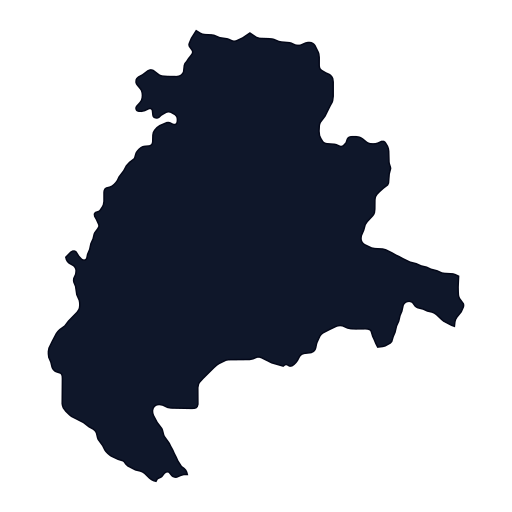 the district of San Francisco de Macorís, Duarte, Dominican Republic
{"feature_id": "3306468B54253052941239", "entity_name": "San Francisco de Macorís", "entity_type": "district", "adm_level": 2, "iso_a3": "DOM", "parent_name": "Dominican Republic", "parent_adm1": "Duarte", "projection": "orthographic", "projection_center": [-70.214, 19.332], "detail": "fine", "context": "isolated", "style": "filled", "palette": "ink", "viewbox_px": 512, "rotation_deg": 0, "n_neighbors": 0, "source": "geoboundaries", "source_scale": "gbopen_adm2", "svg_char_len": 5960}
<svg xmlns="http://www.w3.org/2000/svg" viewBox="0 0 512 512"><path d="M454.4,326.3L454.9,321.7L455.6,319.3L456.9,317.1L461.2,311.8L463.3,307.1L463.6,305.8L463.5,304.3L463.3,303.7L459.5,298.5L458.8,296.9L458.4,295.2L458.2,291.6L458.1,287.1L458.6,276.2L455.2,274.6L452.9,273.9L444.4,273.4L441.9,273.0L437.0,270.8L430.8,269.2L426.6,267.2L421.1,265.9L416.2,263.7L409.9,262.1L402.9,258.7L398.9,256.5L396.0,255.2L392.0,252.9L385.7,249.8L382.6,249.0L374.9,248.6L371.6,248.0L364.7,244.7L363.4,243.8L362.4,242.7L361.6,241.4L361.1,239.8L361.0,238.1L361.3,235.7L363.7,230.1L365.2,224.6L367.2,221.6L372.7,215.7L373.7,214.3L374.4,212.6L374.8,209.1L374.9,200.1L375.1,198.3L375.5,196.6L376.9,194.3L379.4,191.7L383.4,188.1L387.6,184.9L388.5,182.9L389.2,173.9L390.6,168.5L390.4,167.2L389.3,163.8L389.0,162.1L388.7,151.2L388.3,148.6L387.5,146.3L385.7,143.3L384.9,142.2L383.7,141.4L381.6,141.4L377.9,143.1L375.4,143.8L372.7,143.9L369.9,143.7L368.2,143.1L366.7,142.3L362.7,139.0L360.6,137.7L358.9,137.1L356.2,136.7L351.8,136.7L350.1,136.9L348.7,137.5L348.1,138.0L347.3,139.2L346.1,142.8L343.3,145.8L341.5,146.5L340.1,146.4L336.3,144.7L334.6,144.3L326.7,143.7L325.1,143.3L323.7,142.6L322.7,141.6L320.8,138.5L319.5,135.6L319.0,131.1L319.3,125.6L319.7,123.8L320.4,122.2L325.0,116.1L330.2,105.6L332.1,102.2L332.6,100.7L333.2,96.2L333.2,82.1L332.7,78.6L332.0,77.1L330.5,75.3L329.2,74.4L325.8,72.9L321.4,70.3L319.9,68.7L319.4,67.2L319.2,65.6L319.2,57.5L318.8,54.0L318.3,52.4L314.9,45.5L313.9,44.3L312.7,43.4L311.2,42.7L309.6,42.5L307.9,42.5L305.6,43.0L300.8,45.1L299.2,45.4L296.8,45.3L295.2,45.0L291.1,43.1L289.4,42.7L281.4,42.0L278.8,41.5L273.8,39.4L272.1,39.0L268.6,38.7L259.6,38.4L256.4,37.4L249.9,33.0L242.7,37.9L236.5,40.8L235.0,41.2L233.4,41.2L232.0,40.8L228.7,39.3L227.1,38.8L219.7,37.7L214.0,35.3L211.4,34.9L205.1,34.6L202.4,34.2L200.2,33.2L196.2,30.7L191.4,38.3L189.4,43.1L189.0,44.4L189.2,45.8L189.5,46.5L192.0,50.0L192.6,51.3L192.7,52.1L192.4,53.5L191.1,55.4L188.6,58.5L186.6,61.6L185.0,63.5L184.3,65.5L183.6,71.8L182.9,73.2L181.4,75.0L179.3,76.1L176.8,76.6L167.8,76.5L162.5,76.1L160.8,75.7L159.2,75.0L153.3,70.5L151.8,70.0L150.2,69.9L147.9,70.8L142.6,74.8L138.5,77.0L136.9,78.5L136.2,79.8L136.0,82.2L136.5,83.8L137.4,85.1L140.6,89.0L141.5,90.4L142.2,92.9L142.4,95.4L142.2,97.9L141.5,100.4L140.1,102.5L136.9,106.0L136.1,107.3L136.0,108.8L136.6,110.2L137.2,110.7L138.5,111.2L141.5,111.3L144.7,110.6L149.1,108.5L150.4,108.5L151.1,108.7L151.7,109.1L152.4,110.3L152.9,115.1L153.3,116.4L154.2,117.4L156.3,118.0L157.6,117.9L158.9,117.3L161.1,115.2L166.0,112.3L168.3,111.7L170.6,112.1L175.1,114.6L176.6,116.3L177.2,117.7L177.4,120.0L177.2,122.2L176.6,123.5L176.1,124.1L174.7,124.6L172.8,124.3L169.9,122.8L168.4,122.5L166.8,122.6L159.8,125.6L157.0,127.6L154.7,130.2L153.4,132.5L152.9,135.1L152.7,142.0L152.3,143.6L151.5,144.9L149.6,145.9L144.2,146.4L142.6,146.8L141.1,147.6L139.1,149.2L137.4,151.1L136.4,152.5L135.8,154.0L134.8,157.6L134.2,158.8L129.6,162.3L126.4,165.8L123.8,170.7L119.1,176.9L117.4,180.5L115.9,182.6L114.1,184.5L112.1,186.1L109.9,187.1L106.4,188.0L105.2,188.8L104.8,189.4L104.2,190.8L104.0,192.4L104.0,201.4L103.4,204.9L102.4,206.9L100.0,210.5L99.0,211.3L95.5,212.5L94.6,213.6L94.4,214.2L94.7,216.3L96.4,219.3L98.8,224.6L99.0,225.9L98.9,226.7L97.8,228.7L94.9,232.6L94.2,234.1L93.1,238.8L90.9,243.7L89.7,249.4L87.6,254.3L86.9,257.8L86.3,259.1L85.8,259.6L84.5,260.2L83.0,260.0L81.6,259.3L78.8,256.3L76.1,252.0L75.5,251.5L74.2,251.0L72.7,251.1L70.7,252.2L65.8,257.2L66.4,259.5L67.5,261.5L69.1,263.1L73.7,265.7L75.1,267.4L75.8,268.9L76.1,270.5L75.9,272.9L75.6,274.5L73.8,278.4L73.6,280.7L73.9,282.2L75.6,286.3L76.8,294.6L79.3,300.3L79.7,302.7L79.8,305.3L79.5,307.8L79.0,309.4L77.1,312.3L68.5,321.1L64.8,326.0L59.8,329.6L58.0,331.4L56.4,333.5L52.4,341.1L49.0,348.1L48.4,351.4L48.4,353.9L48.8,357.3L50.9,362.2L52.0,366.9L52.6,368.4L53.5,369.7L55.1,371.2L56.5,371.8L60.5,373.1L61.1,373.5L61.9,374.8L62.3,376.4L62.4,378.9L62.2,403.7L62.5,405.4L63.3,407.8L65.8,411.2L69.5,414.8L71.5,416.4L83.5,422.5L89.0,426.8L93.2,429.1L94.9,430.5L95.8,431.7L96.5,433.1L97.6,437.8L98.2,439.4L102.7,445.6L104.9,450.0L105.9,451.4L107.7,453.3L109.7,455.0L111.1,456.0L118.1,459.3L123.2,460.9L124.2,461.7L125.8,464.0L127.9,466.0L135.5,469.9L140.2,471.0L142.5,471.9L144.6,473.3L149.5,478.1L151.5,479.6L153.7,480.7L156.0,481.3L157.2,479.0L158.3,478.3L160.8,477.2L161.8,476.5L164.2,473.4L165.3,472.5L166.5,471.9L167.9,471.8L169.1,472.2L171.9,475.7L173.0,476.5L175.2,477.2L176.7,477.1L180.7,475.4L183.8,474.5L187.3,474.5L186.7,472.2L185.7,470.2L184.2,468.6L181.4,466.5L177.8,460.9L176.2,457.3L174.1,453.2L172.8,450.2L170.6,446.2L169.2,443.3L164.2,436.3L163.6,434.8L162.4,430.1L161.8,428.6L157.1,422.4L153.4,415.4L152.7,413.1L152.5,410.6L153.1,408.2L153.9,406.9L155.0,405.8L156.3,405.0L157.9,404.6L159.6,404.5L162.8,405.1L167.6,407.4L171.1,408.0L192.1,408.4L194.6,408.2L196.1,407.7L197.2,406.5L197.9,404.2L197.8,387.6L198.5,384.1L199.3,382.5L202.9,378.5L214.0,367.5L216.7,365.1L218.9,363.6L225.8,360.2L228.4,359.7L249.6,359.5L253.0,358.8L257.0,357.1L259.3,357.0L261.5,357.7L271.7,362.8L283.2,366.1L284.8,364.8L286.1,364.5L287.2,364.7L289.4,366.0L290.7,366.1L292.2,365.7L294.1,364.3L295.9,362.5L297.4,360.5L299.6,356.3L300.6,355.2L301.8,354.2L304.1,353.4L311.1,352.6L313.3,351.5L314.4,350.5L315.2,349.2L315.7,347.7L316.5,343.8L317.0,342.3L319.9,336.0L321.3,334.2L323.1,332.8L329.3,329.6L336.2,326.3L337.7,325.8L340.2,325.5L342.6,325.8L347.5,328.0L350.9,328.7L355.6,328.9L365.7,328.8L368.2,329.1L369.7,329.7L370.4,330.1L371.2,331.3L372.7,336.3L374.3,339.7L375.8,343.4L377.7,347.1L382.7,346.5L385.1,345.9L390.2,343.1L391.7,341.5L393.2,336.5L395.0,332.3L396.5,326.0L398.7,321.1L400.0,315.5L401.8,311.3L403.2,305.0L404.0,303.7L405.1,302.6L406.4,301.8L408.0,301.4L409.5,301.3L411.7,301.9L412.8,302.8L415.2,306.1L416.4,307.0L417.7,307.7L423.2,309.1L427.3,311.0L432.1,312.1L434.4,313.1L436.5,314.6L441.8,319.6L443.9,321.3L451.6,325.3L454.4,326.3Z" fill="#0f172a" stroke="#020617" stroke-width="1.5"/></svg>